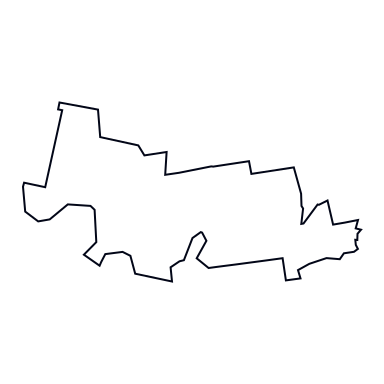 the district of Hampshire, Massachusetts, United States of America
{"feature_id": "52423323B42715000983787", "entity_name": "Hampshire", "entity_type": "district", "adm_level": 2, "iso_a3": "USA", "parent_name": "United States of America", "parent_adm1": "Massachusetts", "projection": "robinson", "projection_center": [-72.588, 42.37], "detail": "fine", "context": "isolated", "style": "outline", "palette": "ink", "viewbox_px": 384, "rotation_deg": 0, "n_neighbors": 0, "source": "geoboundaries", "source_scale": "gbopen_adm2", "svg_char_len": 1022}
<svg xmlns="http://www.w3.org/2000/svg" viewBox="0 0 384 384"><path d="M49.7,219.4L67.8,204.4L90.5,205.9L94.6,209.8L96.3,242.1L83.9,254.7L99.6,265.7L101.1,262.2L105.3,254.1L122.6,251.9L130.4,255.8L135.2,273.7L172.0,281.5L170.6,267.3L179.5,261.3L183.9,260.2L192.5,238.0L200.8,232.1L202.1,232.6L206.4,240.8L196.7,258.3L208.6,268.0L216.8,266.9L226.9,265.6L235.6,264.5L265.7,260.5L282.6,258.2L285.9,280.4L300.5,278.4L298.0,270.1L309.2,263.9L310.0,263.6L326.5,258.1L339.8,259.2L343.9,253.3L354.0,251.8L357.9,248.9L355.8,244.9L355.3,239.8L357.3,240.0L357.5,233.8L361.0,229.7L355.7,228.4L358.0,220.0L344.8,222.6L333.1,224.6L327.5,200.5L318.9,204.8L317.6,204.5L303.5,223.5L301.3,223.9L303.1,208.5L301.5,206.0L301.1,193.7L293.8,167.4L251.4,173.9L249.0,161.2L227.8,164.4L213.3,166.6L211.2,166.4L179.0,172.8L165.2,174.8L166.6,152.0L144.4,155.4L138.3,145.4L100.2,137.1L98.0,109.6L59.5,102.5L58.1,109.4L62.2,110.2L45.2,187.2L24.1,182.7L23.0,186.7L25.2,211.6L38.2,221.4L49.7,219.4Z" fill="none" stroke="#020617" stroke-width="2"/></svg>